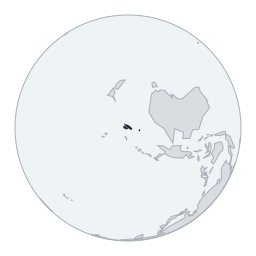 globe centered on New Caledonia, rotated 178°
{"feature_id": "NCL", "entity_name": "New Caledonia", "entity_type": "country or territory", "adm_level": 0, "iso_a3": "NCL", "parent_name": "Oceania", "parent_adm1": "", "projection": "orthographic", "projection_center": [166.029, -20.888], "detail": "fine", "context": "on_globe", "style": "filled", "palette": "slate", "viewbox_px": 256, "rotation_deg": 178, "n_neighbors": 0, "source": "natural_earth", "source_scale": "50m", "svg_char_len": 6175}
<svg xmlns="http://www.w3.org/2000/svg" viewBox="0 0 256 256"><g transform="rotate(178 128 128)"><circle cx="128" cy="128" r="113" fill="#eef3f6" stroke="#a8b0b8"/><path d="M154.1,119.7L154.2,120.5L154.1,119.7ZM218.6,61.0L216.8,58.8L208.5,49.2L205.7,46.5L212.5,53.5L218.6,61.0ZM168.0,22.7L166.8,22.4L165.2,21.7L164.6,22.5L160.0,22.0L163.7,21.8L162.9,21.3L159.0,20.4L157.4,19.7L154.6,19.0L153.0,18.4L155.3,18.7L154.3,18.5L151.6,17.9L148.2,17.2L151.4,17.8L159.8,19.9L168.0,22.7ZM187.1,223.9L188.3,223.2L189.1,222.6L187.1,223.9ZM194.0,64.1L193.2,61.9L195.1,63.5L194.0,64.1ZM191.8,60.5L192.3,61.2L191.7,60.6L191.8,60.5ZM190.8,59.9L191.5,60.3L190.7,60.1L190.8,59.9ZM189.4,59.4L190.1,59.6L189.4,59.4ZM187.2,58.1L186.6,57.7L187.2,57.6L187.2,58.1ZM166.4,22.6L168.3,23.1L167.0,22.9L166.4,22.6ZM154.5,19.1L154.4,19.2L153.0,18.8L154.5,19.1ZM149.2,17.6L146.8,17.2L149.6,17.7L149.2,17.6ZM138.9,15.9L143.2,16.4L146.7,17.0L145.1,16.7L145.7,16.9L140.0,16.1L139.5,16.2L138.0,15.8L138.9,15.9ZM184.7,225.3L187.3,223.7L185.5,224.8L184.7,225.3ZM127.6,15.4L130.5,15.4L131.4,15.4L138.0,15.8L139.5,16.2L137.5,16.0L140.0,16.6L135.1,16.5L132.2,16.9L125.5,16.8L123.9,17.4L125.0,17.6L123.6,18.9L116.6,21.3L117.2,18.3L126.6,16.1L122.3,16.7L121.8,16.4L119.3,16.6L116.4,17.3L117.0,17.4L104.6,18.9L94.6,22.2L99.0,21.6L99.2,22.5L91.7,27.4L74.1,36.5L74.3,39.2L72.6,41.2L68.8,43.0L71.1,39.9L69.5,39.3L71.4,37.5L66.0,39.8L68.5,37.4L63.1,40.7L62.5,42.3L66.3,40.9L60.6,45.3L61.3,48.2L58.6,52.9L48.3,63.5L41.8,68.3L40.9,70.1L39.7,69.0L36.1,73.6L36.4,82.1L35.7,85.2L30.7,92.9L31.0,90.7L28.0,87.7L25.8,95.5L28.0,99.8L28.8,106.7L26.3,105.7L25.8,99.9L24.8,98.6L26.2,91.9L27.5,83.5L25.1,86.9L26.4,83.1L27.9,77.5L25.1,82.3L22.1,89.6L25.1,82.2L28.7,74.9L32.7,67.9L37.3,61.2L42.3,54.9L47.8,48.9L53.6,43.4L59.9,38.3L66.5,33.6L73.4,29.5L80.6,25.8L88.1,22.7L95.7,20.1L103.5,18.0L111.5,16.6L119.5,15.7L127.6,15.4ZM54.1,210.2L55.5,210.9L55.8,211.6L54.1,210.2ZM46.7,118.5L49.2,118.4L49.2,118.9L46.7,118.5ZM44.0,117.4L46.7,116.8L43.7,118.7L44.0,117.4ZM47.8,116.6L50.6,114.9L51.8,113.8L51.7,114.9L47.8,116.6ZM42.2,118.0L33.6,121.0L30.5,121.0L31.0,118.8L36.0,117.1L42.2,118.0ZM30.8,118.9L26.3,116.0L22.2,104.8L23.6,103.7L28.4,109.1L28.0,110.8L30.7,113.5L30.8,118.9ZM42.4,104.6L42.1,109.5L37.1,110.8L35.0,110.8L33.5,105.4L34.3,102.1L35.9,101.5L43.7,89.1L46.2,90.7L43.5,95.6L45.6,99.0L42.4,104.6ZM17.3,107.2L16.6,112.2L16.3,114.0L17.3,107.2ZM47.9,81.5L44.1,86.5L47.9,80.2L47.9,81.5ZM50.7,75.9L50.5,77.9L49.6,76.2L50.7,75.9ZM39.9,72.9L38.0,74.1L38.5,72.7L41.1,70.4L39.9,72.9ZM56.6,57.2L54.8,61.0L53.8,62.4L53.8,60.3L56.6,57.2ZM137.0,166.8L140.0,168.5L138.0,172.2L134.3,175.7L128.9,176.2L137.0,166.8ZM100.1,173.2L97.0,168.3L102.0,167.9L102.5,172.2L100.1,173.2ZM139.8,164.3L141.5,160.3L139.3,154.7L142.5,160.1L147.3,161.3L141.5,168.4L139.8,164.3ZM73.3,154.8L59.5,166.5L55.6,166.2L54.7,162.3L47.6,152.5L48.6,152.4L45.7,145.5L52.8,136.8L57.3,124.2L63.4,124.0L66.7,115.5L73.7,115.4L72.7,121.8L81.3,125.6L83.8,111.3L92.2,126.4L100.5,132.3L106.6,143.0L103.3,161.3L98.5,164.9L96.2,163.1L94.5,165.0L90.0,164.2L84.6,158.1L83.1,160.1L83.3,155.5L81.7,159.7L78.1,156.0L73.3,154.8ZM124.3,126.5L126.1,127.2L130.0,130.5L127.0,129.6L124.3,126.5ZM149.7,121.9L151.2,123.5L149.1,123.4L149.7,121.9ZM154.1,120.6L151.5,120.6L154.1,119.7L154.1,120.6ZM130.2,118.2L131.4,119.3L130.8,119.6L130.2,118.2ZM129.4,117.8L130.0,116.3L130.3,117.9L129.4,117.8ZM119.6,108.4L120.4,107.7L121.0,108.4L119.6,108.4ZM53.0,117.6L56.3,113.0L58.3,112.4L53.0,117.6ZM118.0,106.6L115.6,106.3L115.7,105.5L118.0,106.6ZM117.8,104.8L117.4,103.7L119.3,106.4L117.8,104.8ZM113.1,101.9L116.1,104.1L112.8,102.1L113.1,101.9ZM111.5,102.1L109.5,101.1L109.6,100.7L111.5,102.1ZM91.5,102.6L98.7,109.3L93.5,108.9L87.5,104.9L83.9,108.7L75.0,108.5L76.7,106.0L75.2,102.6L66.7,102.0L65.0,99.9L67.8,98.2L62.6,97.0L68.2,95.4L70.8,99.7L74.1,95.9L80.4,96.4L86.9,97.8L92.7,101.3L91.5,102.6ZM68.8,105.4L69.8,105.3L69.0,106.8L68.8,105.4ZM105.6,98.2L108.5,100.7L108.3,101.2L106.9,100.8L105.6,98.2ZM93.9,100.5L99.9,96.9L101.4,97.0L97.5,101.2L93.9,100.5ZM98.2,94.4L101.2,95.0L103.0,97.2L102.4,97.8L98.2,94.4ZM57.2,102.6L57.0,103.9L55.6,103.1L57.2,102.6ZM58.9,101.6L63.2,102.3L58.6,102.7L58.9,101.6ZM47.2,99.6L48.2,102.2L51.6,99.6L49.1,102.9L51.6,107.3L51.0,109.3L48.4,104.5L47.9,110.2L46.4,110.4L45.4,105.9L46.7,99.9L48.2,97.3L54.4,95.0L47.2,99.6ZM58.8,98.0L57.7,94.8L58.6,92.4L59.7,94.0L58.8,98.0ZM55.0,87.4L52.7,84.3L50.2,86.2L55.7,80.1L56.9,84.1L55.0,87.4ZM53.8,79.9L51.4,81.6L54.1,78.2L53.8,79.9ZM51.0,80.5L51.2,78.1L52.9,78.1L51.0,80.5ZM54.9,79.7L56.2,75.5L56.6,77.8L54.9,79.7ZM51.8,72.9L54.5,76.0L50.1,75.4L52.1,67.8L54.1,67.1L51.8,72.9ZM76.4,42.8L77.0,41.2L79.4,40.6L78.3,41.8L76.4,42.8ZM87.9,37.9L80.3,39.9L74.3,42.0L75.2,42.6L72.2,45.7L71.8,43.3L77.5,39.7L81.7,38.6L84.1,36.4L88.4,34.7L90.3,32.2L92.7,31.0L92.3,33.1L87.9,37.9ZM91.0,31.2L95.8,27.2L99.5,27.5L99.3,28.5L95.5,30.1L93.8,29.8L91.0,31.2ZM98.1,26.4L96.5,26.2L100.2,21.8L102.0,21.0L101.1,24.1L99.5,24.1L97.9,25.2L98.1,26.4Z" fill="#d9dde1" stroke="#a8b0b8" stroke-width="1"/><path d="M124.6,126.8L124.8,126.9L125.1,126.8L125.3,127.0L126.1,127.6L126.3,127.7L126.5,127.8L126.7,128.0L126.8,128.1L126.9,128.3L127.2,128.6L127.3,128.7L127.5,128.8L127.7,129.0L127.9,129.1L128.1,129.2L128.5,129.5L128.8,129.8L129.0,129.9L129.2,130.1L129.4,130.2L129.7,130.4L129.8,130.7L129.7,130.8L129.4,130.9L129.0,130.7L128.9,130.7L128.7,130.6L128.3,130.4L128.2,130.3L128.2,130.2L127.8,130.0L127.6,129.9L127.5,129.7L127.3,129.6L126.9,129.4L126.7,129.4L126.1,128.9L125.8,128.6L125.5,128.2L125.3,128.0L125.1,127.9L125.0,127.7L124.8,127.5L124.6,127.2L124.5,126.9L124.4,126.8L124.3,126.7L124.6,126.8ZM130.5,128.5L130.4,128.6L130.3,128.4L130.0,128.3L129.9,128.2L130.0,128.0L130.1,127.8L129.9,127.8L129.9,127.7L130.2,127.6L130.3,127.6L130.3,128.0L130.6,128.3L130.5,128.5ZM131.6,129.1L131.9,129.1L131.8,129.5L131.6,129.5L131.5,129.4L131.4,129.4L131.3,129.0L131.5,129.0L131.6,128.9L131.6,129.0L131.6,129.1ZM129.0,127.6L128.9,127.6L129.0,127.5L129.0,127.4L129.0,127.1L129.1,127.3L129.0,127.6L129.0,127.6ZM130.7,131.4L130.7,131.5L130.5,131.4L130.7,131.4ZM116.7,125.1L116.7,124.8L116.7,124.7L116.8,125.0L116.7,125.1Z" fill="#64748b" stroke="#1e293b" stroke-width="1.5"/></g></svg>